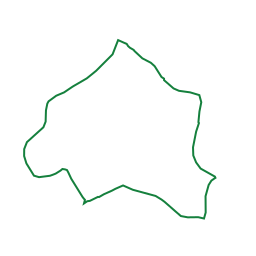 outline of Santa María de Jesús, Sacatepéquez, Guatemala, rotated 103°
{"feature_id": "79465075B23332784997029", "entity_name": "Santa María de Jesús", "entity_type": "district", "adm_level": 2, "iso_a3": "GTM", "parent_name": "Guatemala", "parent_adm1": "Sacatepéquez", "projection": "orthographic", "projection_center": [-90.695, 14.477], "detail": "fine", "context": "isolated", "style": "outline", "palette": "green", "viewbox_px": 256, "rotation_deg": 103, "n_neighbors": 0, "source": "geoboundaries", "source_scale": "gbopen_adm2", "svg_char_len": 1109}
<svg xmlns="http://www.w3.org/2000/svg" viewBox="0 0 256 256"><g transform="rotate(103 128 128)"><path d="M199.1,33.6L192.9,33.3L177.0,37.1L165.4,36.6L160.5,34.9L159.5,34.0L157.9,32.6L156.9,31.6L155.8,32.4L151.2,48.1L146.2,53.9L140.1,58.2L132.2,60.3L116.2,60.8L107.2,60.0L106.5,60.7L95.9,62.1L86.4,62.4L79.9,65.9L79.3,75.5L80.3,86.7L79.2,92.5L73.3,103.6L71.8,104.0L70.8,106.8L61.8,115.9L59.3,120.4L56.9,129.7L51.5,139.1L50.8,139.8L50.3,141.1L49.4,144.1L48.2,146.3L46.4,148.1L44.6,157.4L59.7,159.6L79.4,171.9L88.9,179.3L99.4,190.5L100.5,191.6L107.7,198.3L112.7,205.2L119.9,211.4L122.4,212.1L129.3,211.9L140.3,209.7L146.3,210.6L164.5,223.3L171.9,224.4L178.7,222.9L185.4,219.0L195.6,208.9L195.9,203.6L192.1,193.3L190.3,190.5L188.7,188.2L184.6,184.1L182.7,182.7L182.5,180.0L182.7,178.0L184.7,176.2L190.2,171.9L205.4,156.8L206.7,155.2L207.7,153.8L211.4,153.9L208.5,151.2L207.6,148.8L201.9,141.8L201.8,140.7L197.9,136.5L192.7,129.6L190.1,126.6L185.1,119.9L187.1,109.4L188.0,85.8L190.2,79.2L191.7,75.8L198.2,63.7L201.9,56.7L201.6,49.7L199.1,39.5L199.1,33.6Z" fill="none" stroke="#15803d" stroke-width="2"/></g></svg>